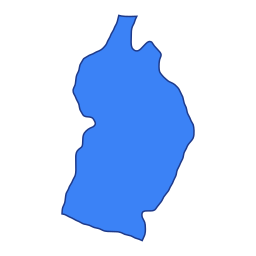 outline of Villa Jaragua, Bahoruco, Dominican Republic
{"feature_id": "3306468B1836648434057", "entity_name": "Villa Jaragua", "entity_type": "district", "adm_level": 2, "iso_a3": "DOM", "parent_name": "Dominican Republic", "parent_adm1": "Bahoruco", "projection": "orthographic", "projection_center": [-71.495, 18.534], "detail": "fine", "context": "isolated", "style": "filled", "palette": "blue", "viewbox_px": 256, "rotation_deg": 0, "n_neighbors": 0, "source": "geoboundaries", "source_scale": "gbopen_adm2", "svg_char_len": 2875}
<svg xmlns="http://www.w3.org/2000/svg" viewBox="0 0 256 256"><path d="M62.0,213.9L64.4,214.4L65.8,215.0L69.2,216.8L72.1,218.1L76.1,220.3L79.1,221.6L82.4,223.4L83.9,224.0L86.3,224.5L89.4,225.3L92.8,226.9L94.3,227.5L98.3,228.4L99.8,228.9L103.2,230.5L104.7,231.0L107.4,231.4L116.4,231.7L118.1,231.8L119.9,232.2L121.4,232.7L124.8,234.3L131.1,235.9L135.2,238.0L139.0,239.2L142.2,240.6L144.4,235.7L144.9,234.2L145.3,231.7L145.4,229.2L145.2,224.9L144.7,222.4L144.1,221.0L142.4,217.7L142.0,216.2L141.9,214.7L142.0,213.9L142.1,213.2L142.4,212.6L142.9,211.9L143.5,211.5L144.9,211.0L146.4,210.9L151.9,210.8L153.4,210.5L154.7,209.9L155.7,208.9L157.4,206.5L161.1,201.8L162.0,200.4L163.8,196.8L168.5,190.7L169.2,189.3L170.2,187.1L172.5,183.1L173.7,180.2L175.7,176.1L176.2,174.6L176.8,171.4L177.3,169.8L179.3,165.8L180.6,162.8L182.6,158.8L183.1,157.3L183.9,153.3L184.5,151.8L186.3,148.5L187.2,146.3L188.0,144.9L189.0,143.5L191.8,140.2L192.7,138.8L193.1,138.1L193.6,136.5L193.9,134.8L194.0,130.6L193.7,127.2L193.2,124.7L192.5,123.4L191.0,120.7L189.8,117.8L187.7,113.7L187.2,112.2L186.5,109.0L186.1,107.4L184.5,104.0L184.0,102.5L183.1,98.5L182.7,96.9L179.0,89.3L178.1,88.0L177.0,86.8L174.7,84.6L172.7,83.3L169.1,81.6L167.9,80.8L166.0,79.2L163.6,77.0L162.0,75.2L160.5,73.3L159.7,71.9L159.3,70.4L159.1,68.8L159.0,66.4L159.1,63.2L159.4,60.9L159.7,59.4L160.9,56.2L161.1,54.9L160.8,53.6L160.1,52.4L159.1,51.2L154.3,45.9L153.5,44.7L151.9,42.4L151.5,42.0L150.4,41.6L149.3,41.5L148.7,41.7L147.4,42.3L145.7,43.8L140.8,48.9L139.6,49.9L138.3,50.6L137.7,50.8L136.6,50.9L135.8,50.8L135.0,50.6L134.3,50.2L133.2,49.3L132.2,48.1L131.9,47.4L131.4,45.7L131.2,43.9L131.1,42.1L131.3,33.6L131.4,30.8L131.7,28.9L131.9,28.1L132.4,26.5L134.1,23.1L135.4,19.3L136.8,16.3L130.2,16.5L125.2,16.4L121.3,16.0L118.8,15.4L117.3,21.5L116.5,23.7L114.7,27.1L113.5,30.0L111.2,34.0L110.0,36.9L107.8,40.9L106.5,43.9L105.6,45.3L104.5,46.6L103.3,47.9L102.1,49.0L100.7,50.0L99.2,50.8L96.3,52.0L93.0,53.8L89.3,55.3L84.9,57.9L83.7,58.7L82.9,59.9L80.7,63.6L80.0,65.0L79.6,66.6L79.0,69.8L78.5,71.3L76.9,74.7L76.4,76.2L76.1,77.9L75.4,83.6L75.0,85.2L73.8,87.8L73.3,89.2L73.1,90.0L73.2,91.5L73.3,92.3L73.8,93.7L75.2,96.3L76.4,99.2L78.5,103.3L79.0,104.8L79.6,108.1L80.0,109.6L80.7,111.0L82.5,114.1L83.3,115.3L83.9,115.8L84.5,116.1L85.9,116.6L89.6,117.0L91.0,117.3L92.3,117.9L92.9,118.4L93.7,119.5L94.9,121.7L95.3,123.0L95.3,123.7L95.2,124.4L94.9,125.0L94.0,126.1L92.9,126.9L90.1,128.1L88.0,129.4L86.1,131.0L84.4,133.0L83.6,134.5L83.1,136.3L82.9,138.0L82.6,144.1L82.3,145.7L82.0,146.4L81.6,147.0L81.1,147.5L79.0,149.1L78.0,150.1L77.1,151.2L76.4,152.7L76.0,154.4L75.8,156.2L75.8,159.0L75.9,170.2L75.7,172.9L75.4,174.7L74.9,176.2L73.1,179.6L71.8,182.5L69.5,186.4L68.3,189.4L66.9,192.0L66.2,193.4L65.7,195.8L65.1,200.8L64.8,202.4L64.3,203.9L62.8,207.3L62.4,208.9L62.2,210.5L62.0,213.9Z" fill="#3b82f6" stroke="#1e3a8a" stroke-width="1.5"/></svg>